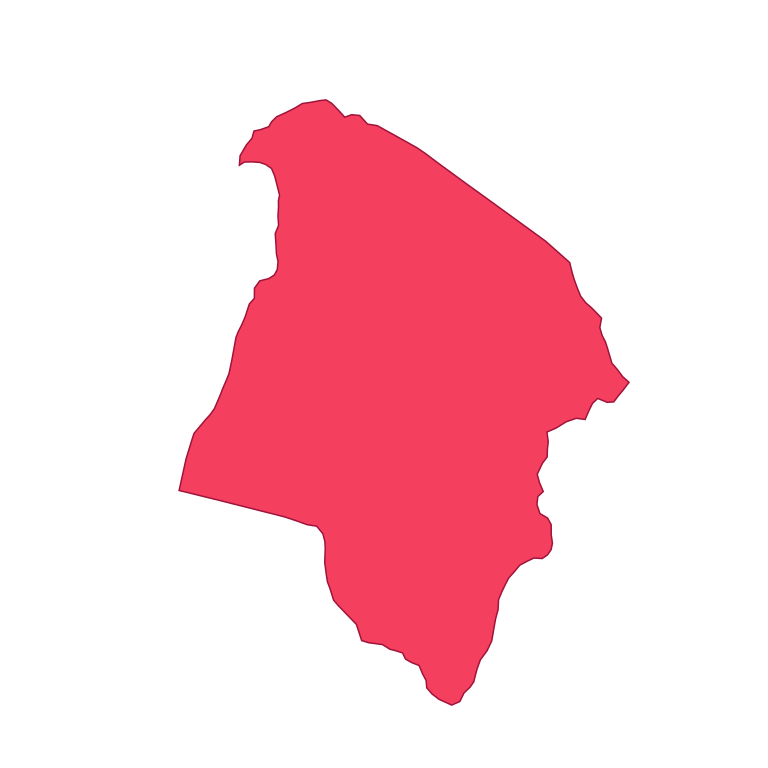 the district of Magé, Rio de Janeiro, Brazil, rotated 310°
{"feature_id": "56859067B89003269813909", "entity_name": "Magé", "entity_type": "district", "adm_level": 2, "iso_a3": "BRA", "parent_name": "Brazil", "parent_adm1": "Rio de Janeiro", "projection": "albers", "projection_center": [-43.116, -22.606], "detail": "fine", "context": "isolated", "style": "filled", "palette": "rose", "viewbox_px": 768, "rotation_deg": 310, "n_neighbors": 0, "source": "geoboundaries", "source_scale": "gbopen_adm2", "svg_char_len": 2235}
<svg xmlns="http://www.w3.org/2000/svg" viewBox="0 0 768 768"><g transform="rotate(310 384 384)"><path d="M189.6,646.2L198.7,643.9L207.2,644.8L213.6,644.2L219.9,641.1L225.7,638.4L234.8,635.1L246.0,634.4L256.6,631.6L266.9,625.6L275.9,620.4L284.4,616.5L292.4,610.4L301.1,607.7L307.8,606.0L315.6,604.2L322.4,604.5L332.6,604.5L340.5,607.7L347.0,610.7L352.0,617.4L358.4,619.1L364.5,618.5L370.3,615.4L376.0,609.0L383.7,602.5L386.5,595.5L385.0,586.7L390.0,578.6L396.6,574.2L404.0,575.1L408.3,566.7L413.3,559.4L425.2,556.3L433.0,555.9L439.5,550.8L445.4,546.9L451.9,539.7L460.8,544.1L472.0,547.8L481.3,553.3L486.1,560.9L495.3,558.1L503.2,556.2L510.3,557.0L513.4,566.7L518.0,571.5L525.9,571.1L533.1,571.1L542.8,570.6L543.0,562.4L545.2,552.9L546.4,545.2L551.0,538.3L555.2,532.0L558.7,526.4L561.4,519.9L565.9,513.1L574.3,508.3L575.2,500.2L575.8,493.9L575.9,486.4L577.7,478.1L582.1,469.8L586.4,462.4L590.4,456.4L596.4,448.2L597.3,416.1L593.3,359.1L591.5,333.8L590.5,320.6L589.3,302.6L588.7,293.9L588.0,283.1L587.2,267.9L586.2,257.5L577.6,212.8L572.5,204.3L574.1,192.8L569.5,186.1L563.2,182.4L564.4,173.3L565.4,163.5L564.4,157.0L560.1,152.9L552.8,146.9L546.3,141.1L537.3,138.0L527.5,133.7L519.8,130.0L512.7,129.3L507.0,130.3L499.5,125.9L494.2,121.8L487.4,124.9L478.7,124.9L466.4,127.0L458.6,132.6L464.2,134.3L469.3,140.1L473.9,146.4L476.1,152.2L476.8,159.3L473.1,166.5L466.7,175.5L461.5,182.6L456.4,185.4L451.8,189.4L444.4,194.9L437.7,201.3L429.3,204.0L421.5,211.5L414.7,217.8L409.6,224.2L403.0,228.7L396.9,229.9L390.6,227.9L383.1,222.5L374.1,223.2L366.3,229.6L358.8,229.4L352.3,232.0L346.4,234.4L337.8,237.0L330.4,238.7L324.5,240.7L304.8,251.9L292.3,258.6L284.5,261.1L277.1,263.3L271.7,265.2L264.5,267.4L256.2,269.9L248.6,270.5L241.8,270.2L224.1,270.2L218.1,272.6L199.6,280.4L170.7,295.5L186.9,328.4L209.8,375.7L214.7,385.7L218.5,393.8L223.2,405.7L226.8,415.5L231.8,423.8L230.0,433.4L225.4,439.9L220.0,444.9L209.2,453.3L201.1,462.1L196.1,467.8L192.7,473.9L186.0,484.4L184.8,491.8L182.1,517.4L173.1,531.8L175.9,538.5L183.4,550.3L184.6,559.0L187.3,564.6L189.9,571.1L187.1,577.3L188.4,584.4L190.9,591.8L186.7,600.0L183.9,606.9L178.7,612.1L177.4,620.2L177.8,628.7L181.5,642.2L189.6,646.2Z" fill="#f43f5e" stroke="#9f1239" stroke-width="1.5"/></g></svg>